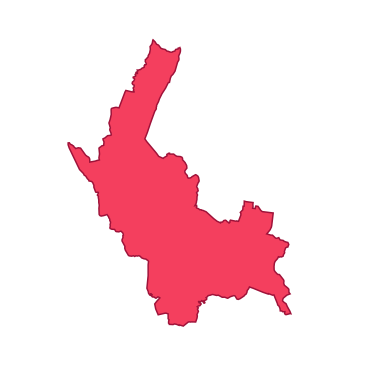 Pleiku, Gia Lai, Vietnam (orthographic projection), rotated 109°
{"feature_id": "81297802B26419635481013", "entity_name": "Pleiku", "entity_type": "district", "adm_level": 2, "iso_a3": "VNM", "parent_name": "Vietnam", "parent_adm1": "Gia Lai", "projection": "orthographic", "projection_center": [107.982, 13.96], "detail": "fine", "context": "isolated", "style": "filled", "palette": "rose", "viewbox_px": 384, "rotation_deg": 109, "n_neighbors": 0, "source": "geoboundaries", "source_scale": "gbopen_adm2", "svg_char_len": 6033}
<svg xmlns="http://www.w3.org/2000/svg" viewBox="0 0 384 384"><g transform="rotate(109 192 192)"><path d="M206.9,95.1L208.1,96.7L208.4,97.5L208.3,98.2L206.6,101.8L207.1,103.5L207.3,107.7L202.5,105.9L199.4,105.5L197.8,105.7L185.4,108.4L187.6,118.8L187.5,119.9L186.9,121.1L184.1,124.9L184.4,126.8L184.6,127.2L187.1,126.8L187.6,129.4L185.8,129.6L184.2,130.3L182.1,130.8L183.5,137.6L183.6,139.6L188.4,138.1L188.8,139.1L192.3,138.2L195.6,139.7L196.5,138.7L198.1,138.3L205.2,138.5L204.9,138.6L204.7,139.9L204.8,140.4L205.3,140.8L206.1,146.5L206.7,146.7L208.5,146.3L209.3,146.9L208.8,147.5L208.7,148.9L207.9,150.3L207.8,151.3L208.7,152.7L210.4,153.3L211.3,155.1L211.9,155.0L211.5,158.8L210.2,162.6L206.1,172.2L205.8,176.0L206.1,176.9L205.8,177.6L206.2,178.9L205.7,180.4L205.6,182.5L205.3,182.8L204.0,182.8L203.2,183.3L204.0,184.8L202.0,184.4L199.8,184.5L199.3,184.8L197.9,184.8L194.6,185.8L193.0,185.8L191.2,187.5L190.7,187.4L189.6,186.7L188.5,186.7L187.8,187.3L186.9,187.7L185.9,189.0L185.2,189.4L181.3,189.2L179.9,188.8L178.9,189.0L176.2,190.5L175.1,191.6L174.5,193.4L174.5,194.3L177.4,196.9L178.7,197.6L179.5,198.6L180.1,200.1L179.3,201.1L178.2,201.7L177.6,202.4L176.5,204.4L175.3,205.4L174.1,205.6L171.1,204.6L168.7,205.7L166.4,208.2L164.6,211.4L163.1,212.0L162.4,212.9L162.3,214.6L163.2,218.0L162.9,219.5L162.1,221.7L163.4,225.2L162.6,225.8L163.1,226.9L163.7,227.0L164.2,227.8L164.9,228.0L165.6,227.5L166.1,227.5L168.6,229.7L169.6,230.2L169.2,234.7L169.1,235.2L167.0,238.1L159.1,251.2L157.1,253.9L150.3,253.6L140.4,253.7L127.9,253.5L125.0,252.8L123.9,253.3L122.3,253.4L121.6,253.7L117.4,253.1L114.4,253.1L108.9,252.4L102.4,250.8L96.8,250.1L96.0,249.7L95.7,249.0L91.5,249.5L89.1,249.4L86.9,248.3L83.3,247.4L73.9,247.9L71.8,247.4L70.5,247.6L67.8,248.9L64.4,248.6L62.5,248.8L60.5,249.5L59.5,250.4L59.8,250.5L60.0,251.2L60.3,251.4L60.5,251.9L61.4,251.8L62.4,253.7L62.7,253.9L64.3,254.1L65.4,255.7L66.4,256.6L66.8,257.9L66.7,260.2L66.9,261.7L66.0,263.6L66.3,266.5L66.2,268.2L64.0,271.5L63.8,273.7L62.1,275.7L60.8,278.4L61.2,278.5L64.4,278.0L66.2,278.3L68.1,279.0L70.8,277.8L74.7,277.3L77.1,277.8L78.7,277.5L80.0,278.2L80.9,278.3L81.9,279.2L83.8,278.7L85.6,277.0L86.1,276.8L86.8,277.2L87.0,278.1L88.5,278.3L89.3,277.8L89.8,277.9L91.2,279.6L92.9,280.5L93.7,281.9L94.5,282.4L94.5,283.4L96.0,282.6L96.8,283.7L97.2,283.8L97.4,282.4L97.7,282.2L98.6,283.8L99.4,284.0L100.5,283.0L100.8,283.0L102.5,285.0L103.2,284.8L103.5,283.4L104.0,283.0L106.0,283.2L107.4,284.1L108.9,283.9L109.7,282.8L109.9,281.4L111.5,281.0L112.5,281.5L112.9,281.5L114.3,280.3L115.3,280.4L115.9,279.5L116.3,279.4L116.9,281.6L117.5,287.6L119.1,287.9L136.2,288.4L136.6,291.2L137.0,292.1L138.9,295.0L139.6,295.4L140.4,295.3L145.0,293.6L150.1,293.0L153.8,293.0L158.1,290.0L159.3,290.2L160.3,289.8L162.6,287.8L164.3,286.9L164.9,287.4L166.2,290.1L169.3,292.0L170.7,293.5L171.7,293.0L173.3,291.5L176.7,290.7L177.8,292.4L179.3,293.2L180.1,294.0L180.9,294.2L186.2,291.8L190.1,291.1L191.8,290.0L193.5,292.6L194.2,293.4L197.0,298.4L194.2,299.4L193.1,300.4L192.7,301.1L192.4,302.8L191.8,304.6L186.8,311.6L187.2,313.9L188.8,316.2L188.2,317.1L188.0,317.9L187.0,319.1L187.0,319.9L186.5,320.9L186.5,322.5L185.4,324.0L185.9,325.1L187.7,324.5L190.4,322.4L207.4,305.6L209.9,300.6L211.2,299.4L211.5,297.7L213.4,295.4L214.3,293.6L215.1,293.0L214.7,290.3L215.6,288.8L217.7,286.9L219.5,286.3L223.4,283.1L223.5,282.5L223.0,281.3L222.9,280.4L223.7,280.2L225.7,280.5L226.1,280.1L226.2,279.3L226.7,279.0L227.7,278.8L229.8,277.6L232.3,276.7L234.7,275.4L237.7,274.7L243.4,272.5L243.8,272.1L244.3,271.2L244.3,270.0L243.0,267.7L241.0,265.0L242.7,262.7L243.3,262.4L244.4,261.0L245.8,260.4L246.8,259.3L247.7,259.0L249.6,258.8L250.7,258.2L252.5,258.0L253.2,257.5L253.3,255.7L252.6,253.0L254.0,251.3L254.1,250.7L253.5,248.2L252.4,246.9L252.2,246.2L253.4,243.9L255.1,242.8L255.9,243.2L257.2,242.5L260.0,242.6L261.1,242.2L265.3,237.7L267.0,237.3L268.7,236.1L272.7,231.4L272.8,230.4L272.3,228.1L271.3,226.6L271.6,225.2L270.5,224.2L270.4,222.9L269.5,221.5L269.7,220.0L270.7,218.1L270.8,215.5L270.4,213.8L270.8,212.9L271.0,211.6L271.8,210.5L275.0,209.8L285.5,206.2L297.7,203.3L300.2,201.1L301.9,200.1L303.1,198.5L303.2,198.1L301.7,198.0L301.5,197.6L302.2,196.2L303.3,196.7L304.1,195.3L303.7,193.7L304.2,191.8L304.0,191.3L302.4,190.2L302.2,189.4L302.6,187.9L306.7,189.7L310.0,190.8L314.3,188.3L319.1,184.0L315.3,177.9L315.0,176.9L315.0,174.9L319.6,173.3L320.4,172.1L321.5,172.1L323.6,171.5L324.2,170.2L324.5,170.2L323.5,166.7L322.5,165.7L322.2,163.9L322.3,160.8L321.8,160.8L321.6,156.6L316.2,153.2L315.7,152.4L315.5,151.3L314.9,150.0L313.7,146.2L309.7,146.2L307.4,146.6L306.5,147.3L306.0,147.3L302.7,147.1L301.0,148.7L299.5,148.3L298.8,149.7L297.8,149.0L297.0,147.6L295.1,146.9L294.4,147.3L294.4,149.3L293.5,150.1L293.2,149.9L293.2,149.0L292.9,148.2L291.6,147.4L292.3,146.1L292.3,145.2L293.2,144.5L292.9,143.9L292.2,143.9L291.1,145.5L290.5,144.7L288.9,143.2L287.9,143.4L287.3,144.3L286.1,143.4L284.7,143.0L283.6,141.1L282.3,139.5L282.1,138.7L281.8,135.1L281.0,133.5L281.7,129.2L280.8,126.8L280.9,124.1L280.7,123.5L278.4,121.5L276.4,118.8L276.2,118.1L276.4,117.3L278.6,114.7L278.5,113.3L277.3,111.9L275.2,110.3L273.3,108.9L271.9,108.4L270.9,107.6L269.1,107.4L267.2,107.7L264.8,106.9L263.1,106.8L263.1,102.8L263.7,92.1L263.7,86.7L263.2,86.7L263.3,82.2L262.7,81.0L269.7,74.9L270.9,74.2L271.7,72.4L272.2,72.0L273.6,70.8L275.7,69.8L275.4,69.2L275.3,68.4L275.7,67.1L274.9,65.2L276.7,64.9L277.4,63.9L277.4,63.5L277.1,62.7L275.0,59.6L274.9,58.9L272.8,60.7L269.4,64.5L267.0,66.7L266.4,68.9L265.5,70.9L264.2,71.2L262.6,71.1L258.6,68.7L256.4,66.1L255.3,67.7L252.4,68.8L251.5,70.4L250.1,74.3L248.4,75.6L246.2,76.1L245.2,76.9L244.3,78.3L241.7,82.3L241.6,82.7L242.0,83.9L241.6,85.1L240.1,87.8L238.9,89.0L235.7,90.2L232.6,90.9L231.4,90.9L230.2,90.7L227.1,89.4L225.1,89.2L225.1,88.1L224.6,87.6L224.2,86.1L222.9,84.9L221.5,85.1L219.3,84.6L218.1,85.3L214.4,85.3L213.3,84.4L212.9,83.5L210.1,83.4L208.5,84.9L208.7,87.4L208.5,89.2L208.1,90.0L208.6,92.9L208.4,93.4L206.9,95.1Z" fill="#f43f5e" stroke="#9f1239" stroke-width="1.5"/></g></svg>